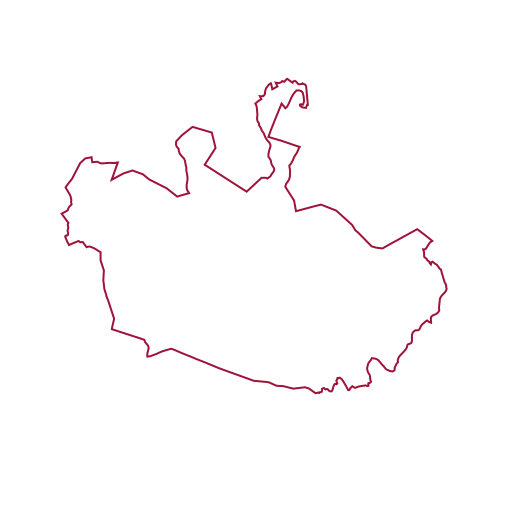 outline of Larráinzar, Chiapas, Mexico, rotated 331°
{"feature_id": "50627088B14622530050765", "entity_name": "Larráinzar", "entity_type": "district", "adm_level": 2, "iso_a3": "MEX", "parent_name": "Mexico", "parent_adm1": "Chiapas", "projection": "natural_earth1", "projection_center": [-92.767, 16.928], "detail": "fine", "context": "isolated", "style": "outline", "palette": "rose", "viewbox_px": 512, "rotation_deg": 331, "n_neighbors": 0, "source": "geoboundaries", "source_scale": "gbopen_adm2", "svg_char_len": 6107}
<svg xmlns="http://www.w3.org/2000/svg" viewBox="0 0 512 512"><g transform="rotate(331 256 256)"><path d="M380.3,127.5L379.5,127.8L377.8,127.1L376.8,126.7L376.2,125.8L375.8,123.4L374.9,121.6L372.5,121.4L372.0,122.1L369.2,116.2L367.7,116.4L365.1,117.3L364.8,116.9L363.7,115.7L363.1,116.1L361.9,116.2L360.4,116.0L358.4,114.9L357.3,114.0L357.0,118.1L351.1,118.1L352.8,112.4L352.8,112.2L352.1,112.1L349.9,112.5L346.3,114.1L344.8,115.3L343.3,117.1L342.2,118.8L340.1,119.7L337.7,118.7L336.9,118.1L336.7,121.4L333.6,121.5L329.3,122.4L329.3,124.1L328.8,126.2L327.9,128.3L327.1,130.1L325.8,133.0L324.8,134.5L323.5,136.3L322.7,138.9L322.9,141.5L322.0,143.4L322.3,146.2L321.9,149.5L322.3,152.4L321.9,155.2L321.7,157.4L321.9,160.3L322.6,163.1L322.6,165.5L321.7,167.3L320.1,168.8L318.5,170.3L316.4,172.7L315.0,175.3L315.2,177.0L315.3,179.4L314.4,182.1L314.1,183.8L314.3,187.5L314.1,188.9L312.7,190.4L311.0,191.3L309.1,192.1L307.4,193.2L305.6,193.5L303.4,193.7L302.6,192.4L298.8,190.3L279.0,195.2L255.4,151.3L273.0,141.9L277.2,126.6L263.1,112.3L249.6,114.5L241.9,117.0L241.1,117.9L240.8,118.6L240.0,119.8L239.7,121.6L239.8,122.7L240.3,124.8L239.4,126.6L238.9,129.8L239.7,133.9L240.3,135.9L240.0,138.4L238.4,143.0L238.0,144.8L237.1,146.3L236.2,148.3L235.5,150.7L234.3,153.8L232.8,156.5L231.3,158.3L230.0,159.9L228.8,162.0L228.2,163.3L227.8,164.9L227.9,168.6L218.7,166.4L215.9,165.9L210.6,153.3L199.7,137.3L196.7,129.7L189.4,121.3L179.9,119.5L166.7,119.4L180.5,107.2L179.7,106.8L179.0,106.6L178.2,106.5L177.1,105.9L176.0,105.3L173.4,103.7L169.8,102.0L166.3,100.4L164.7,99.3L163.1,96.8L161.3,95.9L159.7,95.2L158.3,94.6L159.5,91.2L160.1,89.9L155.4,88.4L154.8,88.1L153.9,87.9L147.3,89.5L132.2,99.5L126.3,101.9L122.7,103.7L122.9,111.9L122.8,113.5L122.5,115.0L122.2,115.6L122.2,116.2L121.8,116.6L121.5,117.8L120.8,118.5L120.3,119.2L120.3,119.5L120.2,119.8L119.9,120.9L119.6,121.2L119.6,121.5L119.2,121.6L118.3,122.0L117.2,122.2L116.3,122.5L115.3,123.1L114.3,123.9L113.5,124.8L106.5,124.8L108.0,136.1L107.2,136.5L106.7,137.0L106.5,137.5L106.3,138.1L106.0,138.7L105.8,139.2L105.8,139.7L105.7,140.1L105.5,140.4L105.1,140.8L104.5,141.3L104.0,141.9L103.7,142.2L103.6,142.4L103.4,142.9L103.0,143.8L103.0,144.1L102.9,144.5L102.6,145.3L102.2,145.9L101.6,146.4L100.0,146.1L99.9,146.3L99.6,146.1L99.4,146.1L99.0,146.1L98.8,146.3L98.4,146.8L97.9,151.7L97.8,155.8L103.3,156.2L103.6,156.3L104.0,156.4L106.9,156.7L107.4,156.7L107.8,156.9L108.0,156.9L108.2,157.0L108.3,157.4L108.8,158.5L109.0,158.8L109.3,159.0L110.1,159.2L110.4,159.3L111.3,160.0L112.1,166.2L113.5,166.4L114.1,166.6L115.2,167.2L116.7,168.8L118.5,171.3L119.7,173.3L120.4,174.8L121.9,177.3L117.9,184.6L116.0,194.8L111.2,202.4L110.7,203.2L107.3,211.6L106.2,217.2L105.7,218.6L105.4,221.0L105.0,223.9L101.5,242.1L95.8,248.4L94.6,249.9L94.5,250.2L117.7,275.1L117.3,277.2L117.6,279.5L118.1,282.0L117.6,284.3L116.7,285.4L114.0,288.2L112.7,290.1L112.2,291.3L114.6,292.3L121.3,293.4L124.4,293.6L127.6,293.9L131.3,294.7L136.8,296.0L138.6,297.9L142.5,302.9L143.5,304.3L144.6,305.6L147.8,309.6L150.5,312.8L153.5,316.7L160.7,325.4L166.0,332.1L169.5,336.5L193.6,364.1L204.6,371.6L206.2,373.0L211.0,379.4L216.6,382.9L224.3,390.1L235.1,394.5L238.0,397.4L241.5,404.8L243.8,405.5L244.8,406.3L244.9,406.1L245.3,405.9L246.4,406.4L247.5,406.7L248.2,406.1L248.8,405.0L249.5,404.2L251.4,404.3L251.6,405.1L252.0,406.4L253.0,406.5L254.1,407.1L254.5,409.2L255.4,410.5L256.6,411.0L257.7,410.4L259.4,408.8L261.0,407.1L262.4,406.2L262.8,406.2L263.4,406.3L264.1,407.2L264.4,407.2L265.3,406.9L265.6,404.7L266.0,403.8L267.3,403.3L267.9,402.3L268.2,402.2L268.9,402.8L270.2,403.0L271.0,404.7L271.2,405.4L271.5,407.1L271.6,409.0L271.7,413.1L271.6,417.9L272.2,418.4L273.2,418.3L274.2,417.4L275.1,417.2L276.2,416.8L277.1,416.6L278.3,418.9L279.2,419.5L281.4,419.7L284.0,420.4L289.1,422.3L290.2,423.6L291.1,424.1L291.7,423.7L292.2,422.3L292.6,421.7L293.2,421.8L293.8,422.2L295.7,421.8L295.9,420.0L296.7,417.9L297.4,416.3L297.8,414.8L297.6,413.3L297.7,411.7L298.1,409.7L298.8,407.9L301.8,404.7L303.1,403.8L305.8,402.8L307.8,401.5L309.0,402.3L311.2,404.3L312.3,405.9L313.0,408.7L313.3,410.8L313.8,412.9L314.4,415.2L314.7,417.4L315.1,418.5L316.3,420.0L317.1,421.3L318.5,422.4L319.4,423.2L321.4,423.2L322.1,422.8L323.2,420.8L325.2,419.5L326.1,418.7L327.4,418.1L328.7,417.7L329.5,415.8L331.1,414.3L333.4,413.0L339.3,411.2L341.9,410.2L343.3,409.3L344.3,408.4L345.3,407.2L346.2,406.9L347.9,407.3L349.6,407.4L351.1,406.1L352.1,404.2L354.2,400.6L355.8,399.1L357.8,398.4L359.5,398.3L360.7,399.0L362.2,399.6L363.8,399.1L365.8,397.6L367.7,396.5L373.0,395.4L374.3,395.3L375.6,398.0L376.8,399.2L377.6,397.6L378.3,396.1L379.3,394.4L380.9,393.8L382.9,393.7L384.4,394.0L386.2,394.0L388.2,393.5L389.8,392.6L391.1,389.8L393.3,386.6L396.2,382.5L398.3,381.1L401.6,379.9L403.0,379.6L405.1,378.7L406.8,377.2L407.3,375.3L408.1,373.9L408.3,372.8L408.2,370.8L409.1,366.3L409.7,363.9L410.3,360.9L411.2,357.5L410.4,356.0L410.4,354.6L410.2,353.7L409.9,351.3L409.0,349.8L408.3,348.2L407.7,346.6L406.1,346.5L405.6,347.5L404.9,348.2L404.5,346.3L404.8,345.1L403.9,343.0L403.8,341.8L403.5,340.3L402.7,338.5L403.2,337.2L403.9,335.9L404.8,334.3L405.4,331.2L406.6,332.0L408.3,332.0L409.9,331.0L414.5,328.5L416.1,328.4L417.5,328.3L413.8,319.3L410.0,310.7L377.1,310.6L370.3,310.7L365.2,307.0L361.8,303.6L356.7,285.1L355.4,281.8L355.1,275.4L348.2,255.2L337.8,242.6L332.4,241.1L312.7,236.2L316.2,225.9L315.2,209.7L317.3,207.5L318.6,206.9L319.9,206.3L322.4,204.9L322.8,204.3L324.2,202.9L325.3,201.0L326.4,199.1L327.0,198.4L328.9,193.1L331.6,192.1L333.4,190.9L334.4,190.3L337.5,187.8L338.2,187.4L340.5,186.2L341.3,185.8L343.4,184.4L345.2,182.9L347.1,181.7L344.2,178.7L334.0,167.4L327.7,161.1L324.6,157.8L330.3,152.9L334.6,149.4L338.2,146.4L352.3,135.1L353.3,141.0L355.5,140.5L357.5,139.3L360.0,137.5L361.8,136.1L364.1,134.3L366.0,133.2L368.1,132.1L371.6,130.9L373.5,131.7L375.7,133.9L376.0,136.2L375.5,137.8L374.9,139.8L374.3,141.1L373.1,143.9L370.5,146.4L369.7,146.0L368.7,144.9L367.8,144.9L367.4,146.0L368.5,148.4L371.5,150.7L373.8,148.7L374.6,149.0L382.2,131.7L382.1,129.9L381.6,129.4L380.3,127.5Z" fill="none" stroke="#9f1239" stroke-width="2"/></g></svg>